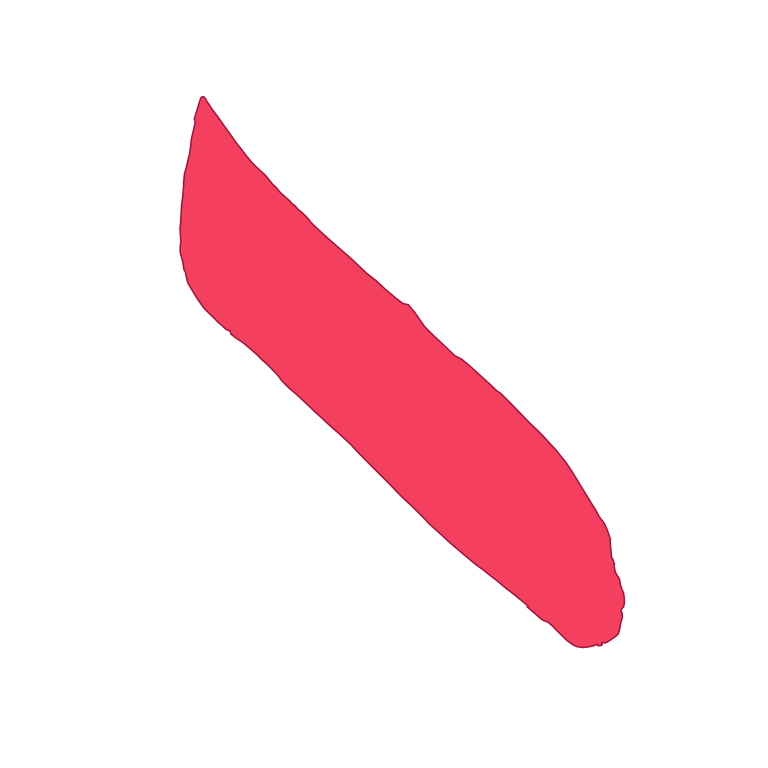 Zamalik, Al Jizah, Egypt (Robinson projection), rotated 325°
{"feature_id": "37247803B72756565577460", "entity_name": "Zamalik", "entity_type": "district", "adm_level": 2, "iso_a3": "EGY", "parent_name": "Egypt", "parent_adm1": "Al Jizah", "projection": "robinson", "projection_center": [31.224, 30.056], "detail": "fine", "context": "isolated", "style": "filled", "palette": "rose", "viewbox_px": 768, "rotation_deg": 325, "n_neighbors": 0, "source": "geoboundaries", "source_scale": "gbopen_adm2", "svg_char_len": 3298}
<svg xmlns="http://www.w3.org/2000/svg" viewBox="0 0 768 768"><g transform="rotate(325 384 384)"><path d="M410.7,722.2L412.5,722.8L413.6,722.3L413.6,721.9L413.9,721.0L415.5,721.5L416.2,722.6L416.3,722.8L416.9,723.1L420.5,723.6L429.1,723.6L431.8,723.3L433.1,722.7L436.1,720.3L441.0,715.4L445.0,712.2L446.2,710.5L447.4,708.8L448.3,705.3L449.7,704.5L451.0,704.2L452.7,703.8L455.6,700.9L458.5,696.3L460.4,692.5L460.8,690.4L461.2,688.3L462.6,683.9L463.9,681.4L464.0,681.2L465.1,678.2L465.2,674.2L465.4,672.5L465.6,670.9L466.9,667.7L468.5,664.2L468.7,663.9L469.4,663.9L471.1,658.1L470.9,657.8L470.6,657.4L472.2,654.5L475.3,648.9L475.4,648.7L480.8,639.9L483.2,631.5L484.5,624.5L484.2,615.9L484.5,614.0L484.7,612.0L485.2,607.1L485.4,602.4L485.5,600.5L485.6,598.6L486.2,589.0L486.9,578.8L487.8,563.3L488.1,552.6L487.5,545.1L487.0,536.6L485.9,528.8L485.0,521.6L484.7,519.4L484.4,517.2L483.4,511.5L481.2,500.5L478.8,485.8L476.8,473.3L474.2,458.6L473.4,456.5L472.5,454.5L471.0,446.5L469.1,438.1L466.8,428.0L464.6,418.3L461.9,408.4L458.3,401.5L455.1,385.7L452.4,373.0L450.2,360.4L450.2,342.2L450.2,341.9L449.8,337.7L449.7,336.4L449.6,334.6L449.4,333.0L445.8,329.2L443.1,321.1L439.2,306.2L436.9,295.1L433.3,283.5L429.1,262.8L424.3,243.3L420.0,225.5L417.1,211.4L416.8,209.4L416.8,208.1L416.8,207.3L416.8,206.9L416.7,204.8L416.5,203.6L416.3,202.3L415.2,196.7L414.6,194.5L413.9,192.3L413.6,190.2L413.4,188.5L413.3,188.0L413.3,187.2L413.2,186.2L412.7,185.1L412.5,184.6L412.2,183.4L412.0,182.0L411.9,181.0L411.8,179.9L410.4,174.3L408.9,167.7L408.4,161.4L407.9,159.1L407.3,156.9L406.8,147.3L406.0,142.3L404.1,134.0L402.8,126.4L402.1,117.8L401.9,110.6L401.4,103.3L401.3,101.7L401.3,100.1L401.3,93.2L401.2,83.6L401.2,74.3L400.9,62.4L400.8,59.9L400.9,57.3L401.0,56.6L401.0,55.4L401.0,51.2L401.0,50.6L401.1,50.1L401.3,48.0L401.4,46.4L401.1,45.5L400.8,45.0L400.0,44.5L398.8,44.4L397.9,44.7L397.4,45.0L380.6,58.0L380.2,59.9L379.9,60.3L378.6,62.2L367.0,72.6L360.5,80.0L356.5,84.1L351.3,88.7L345.6,93.8L341.4,97.0L334.8,104.8L334.3,105.6L333.9,106.3L325.9,115.8L321.2,120.9L316.3,127.1L309.5,135.7L306.0,139.7L303.2,144.3L299.3,150.9L297.8,152.4L296.4,154.0L293.7,157.4L293.0,158.6L292.3,159.9L290.8,164.1L289.1,168.8L285.7,175.7L285.6,176.8L285.6,177.9L283.7,182.6L283.1,183.9L282.2,186.1L281.2,189.5L280.7,195.9L280.3,201.5L279.9,208.0L280.0,210.4L280.0,212.9L280.0,218.3L281.2,225.5L282.6,232.7L283.6,238.6L284.2,240.8L284.8,243.1L285.9,248.6L288.3,252.5L287.8,253.6L287.2,255.4L289.2,261.7L292.2,269.2L293.7,274.8L295.3,281.0L296.9,288.0L297.8,293.8L299.6,301.1L300.9,308.8L302.0,315.9L302.2,323.3L303.9,332.9L306.0,341.0L307.9,349.6L309.7,358.1L311.4,367.0L313.7,376.9L315.0,383.4L317.0,391.9L318.8,399.3L320.6,407.9L322.0,414.1L323.6,425.9L327.1,446.7L327.4,448.2L330.7,466.8L333.8,486.3L337.2,502.3L340.0,518.2L340.6,523.9L344.3,539.6L346.5,550.1L349.1,560.1L352.3,572.4L355.2,583.2L358.6,593.0L361.2,602.0L364.2,611.7L365.7,617.8L370.4,633.0L374.3,647.2L374.7,648.4L374.3,648.6L373.5,648.8L377.1,663.3L378.5,668.3L379.1,669.3L380.0,670.7L380.1,670.9L381.6,672.7L383.5,680.5L383.7,682.1L383.9,683.7L386.7,698.8L389.2,706.2L391.7,710.2L395.3,713.5L395.5,713.7L395.7,713.9L401.3,716.9L403.2,717.7L405.1,718.5L409.1,719.4L409.0,720.5L409.0,720.9L410.7,722.2Z" fill="#f43f5e" stroke="#9f1239" stroke-width="1.5"/></g></svg>